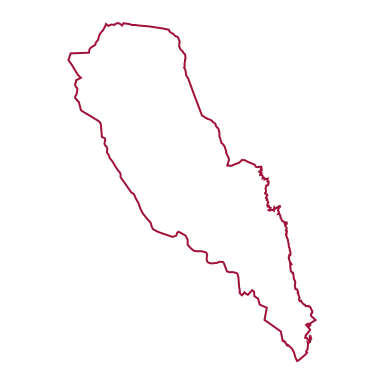 Budeasa, Arges, Romania
{"feature_id": "2599482B19547720814446", "entity_name": "Budeasa", "entity_type": "district", "adm_level": 2, "iso_a3": "ROU", "parent_name": "Romania", "parent_adm1": "Arges", "projection": "albers", "projection_center": [24.821, 44.946], "detail": "fine", "context": "isolated", "style": "outline", "palette": "rose", "viewbox_px": 384, "rotation_deg": 0, "n_neighbors": 0, "source": "geoboundaries", "source_scale": "gbopen_adm2", "svg_char_len": 5981}
<svg xmlns="http://www.w3.org/2000/svg" viewBox="0 0 384 384"><path d="M168.9,29.8L163.6,28.6L149.0,26.4L137.6,25.4L135.9,25.0L132.4,25.0L128.4,23.9L123.4,23.3L122.1,25.5L119.5,23.5L117.8,23.0L117.2,23.4L115.7,23.8L114.2,24.9L111.3,24.5L108.3,25.9L106.0,24.0L105.2,26.3L103.7,28.9L103.4,29.6L102.8,30.6L102.2,31.0L101.1,32.4L99.8,34.2L98.8,37.0L98.1,39.8L95.8,42.6L95.6,43.3L95.6,44.1L95.1,45.0L93.3,46.0L90.1,48.3L89.7,49.0L89.2,50.7L89.0,52.7L70.7,53.4L68.4,60.1L71.8,64.8L77.5,74.3L79.1,76.2L80.9,77.8L76.1,80.3L76.0,80.7L76.0,81.6L75.8,82.4L75.2,83.3L75.3,85.7L75.5,86.4L76.9,87.8L77.4,89.3L76.6,94.0L76.1,94.9L75.3,96.5L75.1,97.5L75.1,97.9L75.5,98.6L76.9,99.7L77.5,100.9L78.8,101.9L80.9,110.0L81.3,110.5L84.2,112.4L86.5,113.7L98.5,121.0L99.5,121.8L100.5,123.3L100.8,124.3L101.9,136.7L102.0,137.1L103.6,137.6L104.9,138.5L105.2,139.1L105.2,139.9L104.7,142.1L104.5,143.9L105.2,145.5L106.4,146.6L107.1,148.0L107.3,149.5L106.9,151.4L107.0,152.6L107.7,153.7L108.1,154.0L109.1,156.0L109.6,157.8L112.7,161.8L114.9,165.7L118.2,170.6L119.7,172.4L120.5,173.8L120.6,174.8L120.5,176.9L121.5,178.5L131.5,192.7L133.2,193.5L134.1,194.5L136.0,198.8L138.2,202.7L139.7,206.6L140.4,208.8L142.9,213.6L147.9,219.7L150.3,222.2L150.9,223.5L151.5,226.0L152.0,227.2L153.0,229.1L157.0,231.4L159.1,232.3L172.6,236.9L176.3,235.6L177.1,233.0L178.3,231.8L179.9,232.4L185.6,235.6L187.7,239.9L187.6,244.7L190.4,247.9L192.0,249.3L193.9,250.7L196.2,251.2L201.2,251.2L204.5,251.9L206.3,252.7L207.2,254.6L206.9,256.6L206.7,257.6L206.8,260.6L207.7,262.2L209.8,263.2L212.1,263.4L217.3,262.8L219.5,261.7L223.1,262.1L223.8,263.0L226.9,271.3L229.2,272.2L232.9,272.1L236.4,273.0L237.5,273.8L238.4,277.4L239.2,287.8L239.7,289.9L239.9,291.7L239.5,292.2L240.3,293.9L242.0,295.3L244.5,292.3L244.8,292.7L246.5,294.1L247.9,294.8L252.1,290.2L254.0,291.6L254.4,296.2L258.1,298.6L259.7,304.6L266.8,307.8L264.5,319.9L280.8,331.5L282.7,340.8L282.8,340.8L283.2,341.2L283.8,340.8L285.5,342.4L285.3,342.7L287.2,345.5L287.8,344.8L292.1,348.8L294.1,352.8L295.5,357.7L297.1,361.0L298.3,360.5L300.6,358.7L305.5,354.5L307.0,352.7L306.1,352.0L306.1,351.5L307.0,350.4L307.5,349.2L308.0,344.0L307.6,342.2L308.7,342.7L309.3,342.6L309.8,342.1L310.2,341.3L310.4,339.0L311.2,338.8L310.4,336.0L309.8,336.1L309.9,338.3L309.6,339.9L309.2,340.3L308.7,340.3L307.7,339.4L307.3,338.9L307.1,338.1L305.2,337.8L305.6,335.9L305.8,336.0L306.4,334.2L307.3,333.8L308.6,331.7L309.5,330.8L310.1,329.6L306.1,324.8L307.9,323.7L309.3,326.2L310.4,325.0L309.2,324.0L315.6,320.0L315.4,319.7L314.3,319.1L313.8,318.5L313.7,318.2L312.3,317.1L311.0,315.7L311.3,313.3L312.1,313.0L312.4,312.3L312.2,311.6L312.2,310.8L311.9,310.8L310.4,307.4L309.9,306.8L309.3,306.6L308.8,306.0L308.4,306.4L306.2,305.9L306.1,306.1L305.6,306.1L305.0,304.8L304.6,304.8L303.5,304.1L302.4,303.0L300.9,300.6L299.9,301.2L298.9,299.4L298.9,299.1L299.5,298.1L299.4,297.3L297.7,292.9L298.2,292.7L298.2,292.0L297.1,289.5L296.2,289.4L295.9,288.8L295.3,288.8L295.1,287.4L295.2,286.9L294.9,285.8L294.9,284.7L295.3,283.2L295.1,281.4L294.9,280.6L294.1,279.7L294.1,279.2L293.8,278.6L293.5,275.0L293.4,274.3L293.0,273.9L293.2,273.6L293.0,272.8L292.5,272.9L292.2,272.3L291.2,271.8L291.0,271.4L290.3,267.3L290.2,264.8L291.5,264.4L290.8,263.0L290.1,263.0L289.9,261.8L289.3,260.0L288.7,257.4L289.0,257.1L289.2,256.2L289.1,255.6L289.3,255.0L290.3,255.1L290.5,253.9L290.4,251.9L289.7,250.0L289.7,248.4L289.4,247.8L289.0,247.1L288.7,245.9L288.7,243.5L288.4,242.9L287.7,239.1L286.8,237.5L286.7,237.2L286.8,236.6L286.1,235.3L285.8,234.3L286.7,233.6L286.5,232.6L286.8,231.9L286.5,231.8L286.6,231.4L286.5,231.2L286.6,230.9L286.0,230.7L285.8,230.2L286.3,229.6L286.6,229.0L286.7,228.5L286.4,227.5L285.9,226.6L285.2,225.9L284.9,224.7L285.1,224.5L286.5,224.3L286.8,223.5L286.8,222.8L286.6,222.4L286.0,222.3L284.4,222.8L283.9,221.8L283.1,221.3L282.6,221.2L281.8,220.5L281.5,219.2L281.0,218.2L280.5,217.8L280.3,215.3L279.5,214.4L279.3,213.7L278.1,214.0L278.8,212.2L278.8,211.5L277.9,210.3L278.4,209.0L278.5,208.3L279.1,207.9L279.2,207.0L279.8,207.0L280.1,206.3L279.8,206.0L279.3,206.0L275.1,208.8L274.3,207.4L273.8,208.8L273.8,210.5L273.2,210.0L270.5,209.9L269.7,210.7L268.6,210.1L270.1,209.2L270.6,207.8L269.4,207.2L269.0,206.3L268.7,206.7L267.9,206.7L267.9,205.8L267.2,205.2L267.6,203.8L268.3,202.6L267.8,201.2L266.9,200.1L267.3,199.4L267.0,199.0L266.1,198.4L265.9,198.0L266.5,197.6L266.6,197.2L266.5,196.3L267.3,195.2L267.3,194.8L266.8,194.3L265.4,193.8L265.1,193.3L265.1,192.9L265.8,192.3L266.0,191.9L265.8,189.5L265.6,188.9L265.6,188.0L265.8,187.4L266.2,185.6L266.7,185.3L267.6,185.4L267.9,185.1L268.4,183.9L268.7,182.4L268.6,181.8L267.8,181.9L267.3,181.4L267.7,180.3L267.5,180.0L267.5,179.5L267.8,178.6L265.6,179.1L264.5,179.5L264.6,178.4L264.3,177.9L264.0,177.7L262.6,178.3L262.8,177.0L262.7,176.2L262.1,175.2L261.1,174.8L260.1,175.1L260.0,174.9L260.1,174.6L261.4,173.7L261.6,173.3L261.5,172.8L259.4,172.0L259.2,171.6L261.6,170.4L260.9,169.2L261.6,168.9L261.5,168.7L261.3,167.7L261.5,167.3L261.4,167.0L261.0,167.2L260.7,167.2L260.5,166.9L260.5,166.7L256.9,167.2L255.6,166.6L255.1,165.4L254.7,164.7L247.3,161.6L245.0,160.2L241.9,160.0L239.2,162.7L233.4,164.8L231.7,165.8L227.3,165.6L227.3,165.1L227.9,163.6L228.3,161.8L228.9,160.4L228.9,158.9L228.3,157.2L226.2,153.1L226.1,151.3L225.9,150.3L225.6,149.7L224.9,147.2L223.5,144.8L221.3,142.7L220.2,138.3L219.4,136.7L219.4,132.6L219.0,131.4L218.8,129.8L218.2,128.4L217.1,127.5L215.9,125.9L215.5,124.1L215.1,123.6L213.2,122.3L211.8,120.7L209.6,119.4L207.7,119.0L206.4,118.0L205.7,117.9L204.1,116.7L203.2,116.2L202.4,115.9L202.0,115.5L193.6,93.3L188.3,78.8L187.7,77.5L186.8,76.5L186.2,75.2L185.9,73.8L185.8,71.9L185.1,69.3L184.1,67.4L184.6,66.7L184.7,65.5L184.5,64.6L184.5,63.6L184.9,62.0L185.0,59.6L185.5,58.8L185.2,54.6L183.2,52.6L182.7,51.3L181.1,50.0L180.5,49.3L179.4,46.9L179.1,45.8L179.4,44.1L179.3,42.9L179.7,41.5L179.2,40.5L178.1,37.5L177.5,36.9L176.8,36.5L175.6,36.3L174.4,35.2L173.8,34.3L169.7,31.8L168.9,29.8Z" fill="none" stroke="#9f1239" stroke-width="2"/></svg>